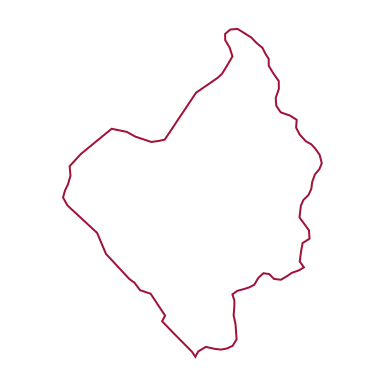 the district of Sapeaçu, Bahia, Brazil, rotated 182°
{"feature_id": "56859067B33676272778576", "entity_name": "Sapeaçu", "entity_type": "district", "adm_level": 2, "iso_a3": "BRA", "parent_name": "Brazil", "parent_adm1": "Bahia", "projection": "orthographic", "projection_center": [-39.225, -12.729], "detail": "fine", "context": "isolated", "style": "outline", "palette": "rose", "viewbox_px": 384, "rotation_deg": 182, "n_neighbors": 0, "source": "geoboundaries", "source_scale": "gbopen_adm2", "svg_char_len": 1326}
<svg xmlns="http://www.w3.org/2000/svg" viewBox="0 0 384 384"><g transform="rotate(182 192 192)"><path d="M142.3,46.3L143.9,61.5L146.1,70.1L145.7,78.7L145.8,84.7L148.0,91.1L143.3,94.8L136.8,96.8L131.4,98.7L126.5,101.5L122.7,108.5L117.8,113.3L112.0,112.7L107.0,108.0L100.1,107.4L94.3,111.1L89.4,114.7L82.5,117.4L77.5,120.6L81.9,126.3L80.9,136.6L79.7,144.8L72.9,149.5L73.8,157.8L78.1,163.3L83.7,170.3L82.7,182.1L80.5,187.8L75.6,192.9L72.9,199.2L72.2,206.3L69.8,213.8L65.4,219.5L63.3,225.3L65.7,233.5L70.0,239.3L74.4,243.8L80.0,246.7L86.5,253.3L90.2,259.9L89.9,267.8L96.5,271.7L106.1,274.7L110.8,281.2L111.6,288.9L108.8,298.1L109.2,306.0L115.1,313.7L119.7,320.8L120.0,327.7L123.5,332.8L126.6,338.5L132.7,343.2L138.3,348.6L152.2,356.6L159.4,355.7L164.4,351.2L164.1,344.9L159.4,337.6L156.3,328.9L162.5,317.5L166.2,311.1L170.6,306.8L184.5,296.5L191.4,291.4L201.7,274.7L208.4,264.0L212.2,257.7L217.1,249.8L221.1,243.4L227.3,241.8L234.4,240.6L250.4,245.3L259.3,249.8L274.5,252.4L304.3,226.2L315.2,213.5L314.0,203.9L316.4,194.8L318.9,189.3L320.7,182.0L316.0,174.2L285.4,147.8L275.8,127.1L251.5,102.8L246.3,99.3L240.4,92.0L229.8,88.9L214.6,67.5L217.4,61.8L204.9,49.7L195.4,40.8L186.4,32.3L182.9,27.4L180.2,32.9L172.8,37.7L164.3,36.1L157.8,35.5L152.0,36.7L146.1,39.6L142.3,46.3Z" fill="none" stroke="#9f1239" stroke-width="2"/></g></svg>